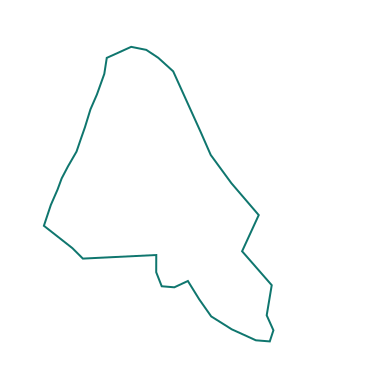 Senador Georgino Avelino, Rio Grande do Norte, Brazil, rotated 206°
{"feature_id": "56859067B48264665156526", "entity_name": "Senador Georgino Avelino", "entity_type": "district", "adm_level": 2, "iso_a3": "BRA", "parent_name": "Brazil", "parent_adm1": "Rio Grande do Norte", "projection": "albers", "projection_center": [-35.121, -6.162], "detail": "fine", "context": "isolated", "style": "outline", "palette": "teal", "viewbox_px": 384, "rotation_deg": 206, "n_neighbors": 0, "source": "geoboundaries", "source_scale": "gbopen_adm2", "svg_char_len": 594}
<svg xmlns="http://www.w3.org/2000/svg" viewBox="0 0 384 384"><g transform="rotate(206 192 192)"><path d="M261.8,292.2L281.1,297.8L295.4,299.7L310.3,295.8L327.4,275.2L322.6,259.7L320.2,237.9L319.5,221.8L316.6,203.2L315.1,190.5L313.5,177.7L314.7,160.7L315.1,147.1L313.9,135.2L313.2,118.5L310.3,96.7L274.9,89.1L260.9,84.3L196.5,119.7L189.0,104.2L177.9,94.0L166.1,98.6L156.7,110.2L138.3,98.6L120.2,88.6L96.1,86.0L69.6,86.7L56.6,91.8L58.2,103.4L70.8,113.9L79.5,143.2L121.0,160.7L121.9,200.5L160.5,217.2L191.4,233.5L210.0,249.3L261.8,292.2Z" fill="none" stroke="#0f766e" stroke-width="2"/></g></svg>